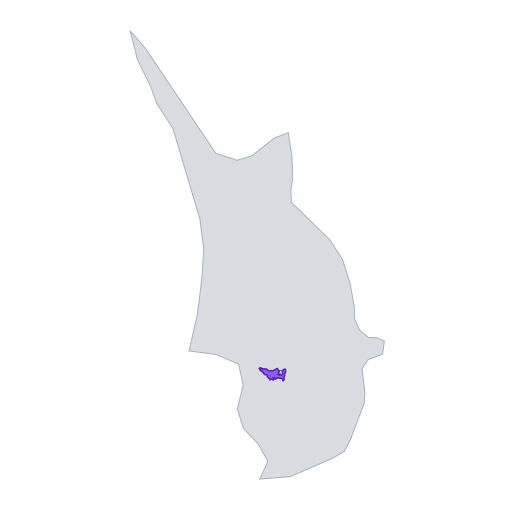 location of Kalapanagiotis, Nicosia, Cyprus, rotated 271°
{"feature_id": "46923920B11517267441336", "entity_name": "Kalapanagiotis", "entity_type": "district", "adm_level": 2, "iso_a3": "CYP", "parent_name": "Cyprus", "parent_adm1": "Nicosia", "projection": "robinson", "projection_center": [32.834, 35.038], "detail": "fine", "context": "in_parent", "style": "filled", "palette": "violet", "viewbox_px": 512, "rotation_deg": 271, "n_neighbors": 0, "source": "geoboundaries", "source_scale": "gbopen_adm2", "svg_char_len": 2121}
<svg xmlns="http://www.w3.org/2000/svg" viewBox="0 0 512 512"><g transform="rotate(271 256 256)"><path d="M374.4,272.5L379.8,286.1L357.2,290.1L334.6,291.4L322.0,289.7L310.2,290.5L273.6,329.4L253.9,342.6L230.4,350.5L206.5,355.2L194.5,355.8L183.9,360.8L176.5,369.8L176.3,378.6L173.1,385.8L160.0,384.3L154.5,370.1L145.2,364.0L121.9,367.2L110.6,366.8L73.4,353.3L62.2,347.7L55.2,336.2L36.1,294.4L33.0,263.6L50.8,271.5L67.4,262.0L83.5,246.4L102.6,240.0L114.6,242.7L126.4,245.5L147.7,240.5L156.9,217.3L159.9,190.7L195.9,198.3L232.4,202.3L262.3,203.6L291.8,199.3L381.9,170.8L407.3,153.8L423.1,148.0L450.4,134.0L479.0,126.2L460.8,142.5L358.0,214.0L351.4,235.3L356.0,250.0L370.6,267.8L374.4,272.5Z" fill="#d9dde1" stroke="#a8b0b8" stroke-width="1"/><path d="M143.6,261.2L143.4,261.4L143.1,262.0L142.8,261.8L142.2,261.9L142.0,262.3L141.5,262.6L141.4,262.8L141.2,263.2L140.6,263.6L140.8,264.2L140.4,264.5L139.9,264.8L139.6,265.4L139.3,265.6L138.7,265.7L138.1,266.2L138.1,266.6L137.9,266.9L137.6,267.0L137.6,267.4L137.3,268.0L137.4,268.5L137.2,268.9L137.0,269.2L136.6,269.5L135.8,269.5L135.2,269.5L135.0,269.8L134.8,270.1L134.5,270.3L134.3,270.6L134.3,270.9L134.0,271.2L133.7,271.4L133.7,271.7L133.4,272.0L133.1,272.1L132.5,272.1L132.8,273.1L133.3,273.8L132.8,274.8L132.3,275.3L133.2,275.8L134.6,275.3L134.8,276.0L133.9,276.4L133.3,277.2L133.3,278.0L134.4,278.4L134.2,279.1L134.7,280.6L134.1,281.5L134.1,283.0L134.0,284.2L132.9,284.8L131.8,285.2L132.2,285.9L132.8,285.8L133.3,286.4L134.3,285.9L135.1,286.2L136.5,286.5L137.1,286.8L138.0,286.5L139.6,287.4L141.3,287.6L142.1,287.6L143.2,287.4L143.4,286.4L141.8,284.1L140.6,284.5L139.7,284.5L138.8,284.5L137.9,284.5L137.5,283.3L137.3,281.4L138.2,281.8L138.1,280.2L139.6,280.8L140.6,281.1L141.6,281.6L141.4,280.8L142.3,280.2L143.0,279.9L143.8,279.6L143.7,278.8L142.9,277.2L142.2,276.0L141.5,274.8L141.7,273.4L141.3,272.0L141.2,270.8L141.9,270.1L142.4,269.5L143.2,268.4L143.2,267.5L143.2,266.8L143.4,265.5L143.3,265.0L143.4,264.3L143.3,264.0L143.4,263.7L143.9,263.5L144.2,263.0L144.3,262.6L144.3,262.3L144.2,261.8L143.6,261.2Z" fill="#8b5cf6" stroke="#5b21b6" stroke-width="1.5"/></g></svg>